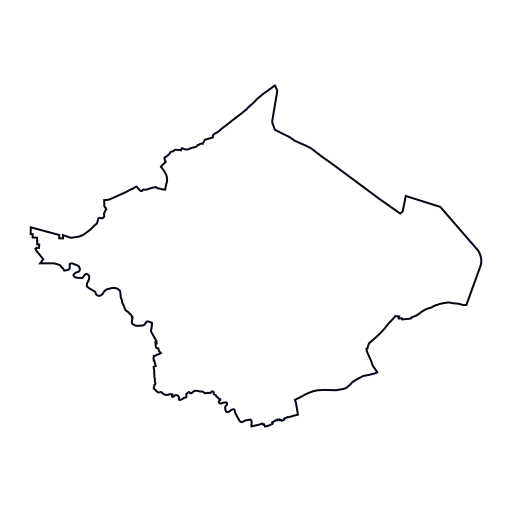 In Buri, Sing Buri, Thailand (Mercator projection)
{"feature_id": "78962969B87157930386242", "entity_name": "In Buri", "entity_type": "district", "adm_level": 2, "iso_a3": "THA", "parent_name": "Thailand", "parent_adm1": "Sing Buri", "projection": "mercator", "projection_center": [100.326, 15.029], "detail": "fine", "context": "isolated", "style": "outline", "palette": "ink", "viewbox_px": 512, "rotation_deg": 0, "n_neighbors": 0, "source": "geoboundaries", "source_scale": "gbopen_adm2", "svg_char_len": 6021}
<svg xmlns="http://www.w3.org/2000/svg" viewBox="0 0 512 512"><path d="M405.8,196.0L402.7,211.3L400.3,213.6L380.6,199.8L331.1,163.1L322.8,157.3L311.3,148.5L306.4,145.9L297.0,141.8L294.4,140.5L289.4,137.0L274.9,129.8L273.0,124.7L272.3,122.7L272.2,121.2L277.3,90.8L275.0,85.5L274.8,85.5L267.7,90.7L263.6,93.5L260.8,95.9L257.5,98.6L252.5,103.7L247.8,107.8L246.9,109.0L241.1,113.7L230.3,122.0L227.0,124.7L223.7,127.1L220.8,129.4L220.1,130.2L217.7,132.1L214.8,133.6L214.2,134.0L213.3,134.9L212.9,135.6L213.0,137.2L212.9,137.4L204.8,139.8L202.9,143.6L202.7,143.4L200.0,144.0L199.3,144.7L197.7,145.1L196.5,146.6L190.4,148.3L188.5,149.3L186.5,149.6L184.2,149.1L182.3,148.2L181.9,148.3L181.6,148.7L181.2,149.5L181.1,150.2L181.0,150.3L179.7,149.9L177.6,150.0L175.6,149.7L174.7,149.9L173.0,151.3L171.3,151.7L170.3,152.3L168.9,154.5L167.5,155.5L166.4,156.6L165.3,157.0L164.7,157.5L164.4,158.0L164.4,158.5L164.8,159.5L165.0,160.8L165.7,161.6L165.6,162.2L163.4,164.0L162.4,165.0L160.9,166.8L163.0,169.4L164.7,172.0L166.3,175.1L166.7,176.4L167.1,179.6L167.0,181.4L165.8,185.8L165.2,189.6L162.8,189.5L159.7,188.6L157.7,188.3L156.9,187.9L156.2,187.1L152.7,187.6L146.1,189.7L143.3,189.6L142.8,189.9L142.2,190.9L141.2,191.1L140.2,190.6L138.4,188.8L136.6,186.6L136.4,186.6L133.9,187.8L132.6,189.0L131.4,189.1L126.3,191.9L112.4,198.2L108.3,199.8L104.2,200.1L104.3,206.1L104.9,207.2L106.0,208.3L106.3,209.1L106.1,209.5L105.5,210.2L105.0,211.5L104.0,213.5L104.2,216.4L104.1,216.8L102.5,218.3L99.1,218.0L98.6,218.1L98.1,219.0L97.5,221.7L96.8,223.6L94.2,225.7L90.6,229.4L85.3,233.4L83.1,234.9L79.1,236.6L71.0,237.8L62.9,235.1L63.0,238.4L59.2,238.3L59.2,235.0L30.8,227.3L30.7,234.1L32.7,234.1L32.6,237.5L37.1,237.7L37.1,241.2L37.3,241.2L37.2,244.3L39.2,244.5L39.0,247.9L36.6,247.8L35.4,248.8L37.1,251.9L37.3,251.8L43.2,259.2L40.2,263.3L52.2,263.3L54.1,263.4L56.7,264.0L59.7,265.1L60.4,265.5L61.5,267.3L62.4,267.9L63.2,268.7L64.0,269.8L64.1,270.6L64.3,270.7L68.0,269.9L69.1,269.3L69.7,268.3L69.8,267.2L69.6,264.7L69.9,263.8L71.4,263.4L72.6,263.5L77.8,265.6L78.8,266.3L79.8,268.4L79.7,270.5L79.1,271.2L78.6,271.7L75.7,272.7L74.2,273.9L73.9,274.2L73.5,275.0L73.7,275.9L74.3,276.6L75.3,277.3L76.3,277.6L78.5,277.9L82.1,278.1L82.5,277.9L84.4,275.3L85.8,274.0L86.3,273.8L86.8,273.9L88.3,274.8L89.2,276.3L89.2,277.9L88.8,279.9L87.1,283.3L86.8,285.6L86.9,286.2L87.2,286.6L89.1,288.2L94.8,291.6L95.4,292.3L96.1,294.4L97.1,295.2L98.1,295.7L98.8,295.8L99.7,295.8L101.0,295.3L102.5,294.1L103.9,291.8L105.4,290.2L106.9,289.3L109.3,288.8L111.0,288.2L113.8,287.9L115.3,288.0L117.5,288.8L119.6,290.3L120.0,291.0L120.2,291.7L120.8,297.3L121.9,300.4L122.3,302.8L123.7,305.5L124.6,308.1L125.4,309.9L125.9,310.5L128.1,312.0L129.2,313.2L130.7,314.4L131.8,316.0L132.0,316.8L131.9,317.3L132.6,317.4L132.0,320.6L131.8,322.5L132.0,323.3L132.6,324.1L135.2,325.5L136.7,325.8L137.9,325.8L142.3,325.5L143.7,325.2L144.6,324.5L146.5,321.8L147.5,321.4L148.4,321.5L152.0,322.8L151.8,326.4L151.0,330.7L151.1,331.8L156.5,341.2L155.7,341.7L156.5,342.7L156.7,343.3L155.5,343.2L155.7,344.3L155.5,344.7L156.2,347.8L156.6,348.0L157.6,348.0L158.3,348.5L158.5,348.9L158.7,350.2L159.1,351.3L160.9,353.0L159.3,354.0L156.6,354.9L155.0,355.8L154.4,356.1L153.8,356.1L153.6,358.0L153.7,360.5L154.3,360.5L155.2,364.2L155.8,365.9L153.7,366.8L153.6,367.0L154.3,371.3L154.1,372.7L154.4,375.2L154.4,377.2L154.9,379.0L154.8,381.1L155.4,383.6L155.2,384.3L154.5,384.7L154.4,384.9L154.2,386.6L153.7,387.9L154.2,389.1L155.6,390.0L156.6,391.4L158.2,392.4L159.4,392.4L161.2,392.0L163.4,394.0L166.1,395.0L167.5,394.9L169.9,394.2L172.3,394.3L172.5,394.6L172.0,396.4L172.2,396.7L172.6,396.8L173.3,396.7L174.7,395.6L175.6,395.1L176.5,395.1L177.4,395.4L178.3,396.0L178.8,396.7L179.0,397.6L179.1,399.7L179.4,399.9L180.7,399.8L181.4,399.6L183.8,398.0L184.6,397.7L185.6,397.6L186.1,397.4L186.4,396.5L186.3,394.0L188.3,392.3L188.7,392.1L189.3,392.2L190.4,393.2L190.9,393.3L191.6,393.1L193.8,391.3L194.5,390.9L195.1,390.8L197.1,390.8L199.1,391.3L202.9,391.7L204.5,393.0L205.3,393.3L207.3,392.8L208.3,393.0L209.1,392.8L210.4,393.0L211.7,391.5L212.1,391.4L212.7,391.5L213.4,391.8L213.8,392.3L213.7,393.7L213.9,394.2L216.0,395.4L216.6,396.7L217.0,397.1L218.0,397.6L218.6,398.6L220.3,399.4L220.2,400.0L218.9,401.4L218.8,402.1L219.2,402.8L220.2,403.4L221.0,403.6L221.7,403.4L223.4,402.7L225.4,402.4L226.2,402.4L227.0,403.0L227.2,403.7L226.9,404.8L225.6,406.3L225.2,406.8L225.1,407.4L225.4,409.9L226.0,411.2L226.4,411.8L227.4,412.1L228.2,411.9L228.9,411.7L231.5,409.9L232.6,409.3L233.7,409.3L234.4,409.6L234.7,410.3L235.2,412.7L235.7,413.9L239.4,420.6L240.3,421.7L241.2,422.1L242.2,422.1L245.2,420.5L250.1,419.6L250.5,419.7L251.1,420.2L251.5,421.1L251.7,422.3L251.3,425.3L251.5,426.4L259.2,424.6L262.4,423.5L262.5,423.5L263.0,424.6L264.0,424.3L265.0,426.5L267.4,425.8L267.7,426.1L272.7,423.7L272.2,422.3L274.6,421.1L277.2,419.5L277.7,420.3L279.4,419.4L279.9,420.2L280.9,419.8L281.7,420.8L284.3,419.6L284.1,418.6L286.7,417.6L287.4,417.1L288.6,417.2L289.8,416.8L291.5,416.5L292.7,416.0L297.9,414.7L297.5,411.9L296.0,403.0L295.5,401.3L294.9,399.8L300.3,397.2L305.8,394.2L309.5,392.6L313.3,391.2L317.4,390.3L323.8,389.9L335.3,390.2L336.8,390.1L343.1,389.0L344.7,388.5L346.2,387.9L349.5,385.3L352.1,382.4L353.3,381.5L356.7,379.4L362.6,376.3L364.3,375.8L368.9,374.9L374.8,373.4L377.2,372.3L375.4,369.4L372.7,365.7L371.4,361.6L367.3,352.4L366.7,350.5L366.4,348.9L367.5,348.5L367.5,347.8L369.0,343.3L374.6,338.5L380.1,333.4L384.1,329.1L388.9,323.1L392.7,319.2L395.5,316.0L397.2,316.3L399.1,316.5L398.6,317.6L398.6,318.5L399.0,318.6L401.8,318.2L402.1,319.4L409.2,318.8L410.9,318.4L411.3,318.2L411.5,317.4L416.3,315.6L419.6,313.4L420.7,312.4L422.2,311.4L425.7,309.4L427.0,308.8L431.6,307.4L433.2,306.4L436.0,305.1L437.5,304.9L440.0,303.8L442.2,303.5L443.0,303.1L444.5,303.0L448.4,302.4L450.6,302.8L451.7,302.9L452.4,303.2L458.9,303.8L463.4,305.1L466.4,304.9L480.3,266.5L480.9,264.5L481.3,262.1L481.2,258.6L480.5,255.6L479.2,252.4L477.9,250.4L476.5,248.7L440.3,206.9L405.8,196.0Z" fill="none" stroke="#020617" stroke-width="2"/></svg>